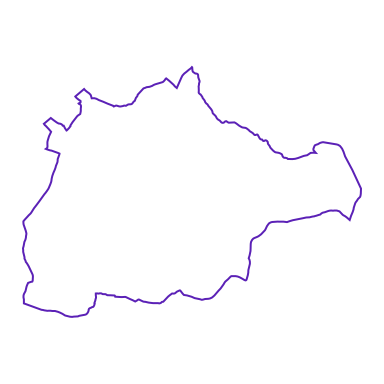 the district of Iza, Boyacá, Colombia
{"feature_id": "7082276B4524421647435", "entity_name": "Iza", "entity_type": "district", "adm_level": 2, "iso_a3": "COL", "parent_name": "Colombia", "parent_adm1": "Boyacá", "projection": "mercator", "projection_center": [-72.966, 5.619], "detail": "fine", "context": "isolated", "style": "outline", "palette": "violet", "viewbox_px": 384, "rotation_deg": 0, "n_neighbors": 0, "source": "geoboundaries", "source_scale": "gbopen_adm2", "svg_char_len": 5877}
<svg xmlns="http://www.w3.org/2000/svg" viewBox="0 0 384 384"><path d="M361.0,188.6L352.3,169.9L345.1,156.4L343.5,151.7L342.1,148.7L340.6,146.7L339.9,145.9L338.0,144.8L336.5,144.4L323.2,142.2L322.2,142.3L320.1,142.9L317.7,144.3L316.5,144.6L314.8,145.4L314.1,146.9L313.4,148.9L313.4,149.8L313.6,150.3L315.8,152.9L314.7,152.8L313.4,152.7L310.6,152.9L307.2,155.2L303.8,155.9L298.1,158.0L295.2,158.8L292.2,159.1L289.4,159.0L287.9,159.0L287.0,158.2L285.5,157.8L284.4,157.8L283.8,157.6L283.1,157.0L282.4,155.9L282.3,155.3L281.9,154.4L281.2,153.9L279.8,153.2L278.5,152.8L275.5,152.3L274.7,151.9L273.0,150.5L270.4,147.7L269.9,146.7L269.7,146.1L268.1,144.0L267.9,143.5L267.8,142.1L267.2,141.2L266.5,140.6L265.7,140.3L265.1,140.4L264.2,140.9L263.8,141.0L263.3,140.9L262.8,140.6L262.2,139.6L261.0,139.4L260.4,139.1L259.7,138.4L257.7,134.8L257.2,134.5L256.6,134.6L255.6,135.0L254.8,135.0L254.1,134.6L253.1,133.4L252.2,132.7L249.8,131.2L248.7,130.0L246.6,128.4L245.6,127.9L242.7,127.5L241.8,127.2L239.2,125.7L236.6,123.7L235.4,122.9L234.4,122.4L228.8,122.7L228.1,122.4L226.3,121.2L225.6,121.3L224.9,121.6L224.0,122.5L223.2,122.8L222.3,122.8L221.6,122.5L220.9,121.9L220.4,121.2L219.5,120.4L218.0,119.5L217.4,118.9L216.9,118.4L215.8,116.3L215.3,115.7L212.8,113.3L212.6,112.7L212.3,111.2L211.3,109.4L210.3,108.2L208.2,105.7L208.0,105.2L207.3,104.2L206.4,103.6L205.3,102.3L204.6,100.5L202.6,97.9L202.3,96.9L201.2,95.3L200.6,94.5L200.0,94.2L198.9,93.1L198.7,92.5L198.8,90.5L198.7,87.2L198.6,86.7L199.0,84.5L199.0,83.8L199.1,83.1L199.4,82.5L199.6,81.1L198.3,77.5L198.1,75.1L197.9,74.4L197.3,73.9L196.6,73.6L195.3,73.5L193.1,72.0L192.5,70.9L192.2,67.4L191.9,67.1L191.4,67.7L190.6,68.5L188.7,69.9L186.5,71.8L184.2,73.6L182.4,75.6L181.2,78.0L176.8,88.0L174.9,86.4L173.5,84.7L169.2,80.8L166.2,78.4L165.7,78.7L164.7,80.2L163.6,81.4L162.7,82.1L155.3,84.3L153.8,84.9L152.1,85.9L149.6,86.8L146.6,87.2L145.0,87.9L143.5,88.4L137.7,94.7L137.5,95.7L137.1,96.4L135.9,97.9L134.8,100.8L133.7,101.6L132.3,103.5L131.5,104.1L130.4,104.3L129.3,104.3L128.1,104.5L125.9,105.8L124.7,105.6L123.7,105.7L123.1,106.0L120.5,106.5L119.2,106.4L116.6,105.6L115.6,105.7L113.8,106.5L113.3,106.1L113.2,105.8L107.7,103.7L103.1,101.7L98.9,100.1L96.5,98.8L94.3,98.2L91.7,98.3L90.8,95.2L90.2,94.4L89.0,93.2L87.0,91.8L85.2,90.3L84.1,89.0L75.3,96.5L75.7,97.1L76.8,98.2L78.8,99.8L80.5,100.9L80.6,101.4L80.5,102.4L78.6,103.5L78.8,103.8L79.7,104.1L80.3,104.5L80.9,105.5L81.0,106.9L80.8,108.4L80.8,111.0L80.5,112.7L80.2,114.0L79.5,114.5L78.1,115.4L77.1,116.3L72.6,122.1L70.4,125.5L70.5,126.1L69.0,128.1L66.9,130.3L66.5,130.5L65.9,129.6L64.9,128.1L63.7,125.7L62.7,125.7L62.3,125.0L61.6,124.3L60.2,123.7L58.6,123.5L56.8,122.5L53.6,120.2L50.8,118.0L43.9,123.8L44.9,125.2L45.5,125.6L48.9,129.2L51.1,131.8L49.0,136.3L47.7,140.6L47.4,142.1L47.4,144.2L47.5,146.3L47.3,147.6L46.6,148.4L45.9,148.9L47.1,149.4L49.8,150.3L51.5,150.6L57.9,152.9L59.5,153.6L59.4,154.4L57.7,159.1L57.6,161.1L57.4,162.3L55.9,166.0L55.6,167.4L54.7,169.9L53.5,172.6L52.3,176.0L51.7,178.6L51.4,180.8L51.2,181.8L50.5,183.8L48.9,187.7L48.3,188.9L46.9,191.0L45.5,192.9L44.4,194.2L39.3,201.3L36.3,205.3L34.1,208.1L31.2,212.7L30.5,213.6L28.5,215.5L28.0,216.1L24.7,219.7L23.4,221.3L23.4,222.8L23.6,224.5L25.8,230.9L26.0,231.8L26.4,233.3L26.3,234.6L26.0,236.2L25.9,237.7L25.4,239.7L24.4,241.9L23.6,246.2L23.0,248.3L23.2,250.1L23.2,251.9L24.4,256.8L24.5,257.4L24.5,258.7L25.2,260.0L25.6,261.0L25.8,261.9L26.7,263.0L27.6,264.4L28.7,266.3L32.0,273.3L32.6,274.6L32.9,275.9L32.9,276.9L32.7,280.6L32.3,281.6L30.9,281.9L28.1,282.9L26.9,285.6L26.5,286.8L25.5,291.1L24.1,293.7L23.7,294.8L23.5,295.8L23.5,297.5L23.9,299.4L23.9,303.4L41.5,309.8L43.1,310.0L44.1,310.3L47.2,310.8L50.0,310.7L52.5,311.0L55.0,311.0L57.9,311.8L59.7,312.5L62.4,313.8L65.1,315.5L69.9,316.7L72.1,316.9L74.0,316.6L77.9,316.4L79.3,315.8L85.2,314.7L86.2,314.3L86.6,314.0L87.5,313.0L88.2,311.8L88.6,310.5L88.7,309.5L89.1,308.7L90.0,308.1L90.9,307.8L91.7,307.3L93.3,306.8L94.1,305.6L94.7,303.7L94.7,303.4L94.4,303.1L95.3,300.5L95.6,299.0L96.0,297.8L96.0,296.8L95.8,295.3L95.8,293.5L97.0,293.4L98.7,293.6L99.9,293.3L101.3,293.4L102.7,294.1L105.6,294.2L107.3,295.2L111.1,295.3L114.6,295.5L114.9,295.8L115.2,296.7L121.5,297.1L125.1,296.9L125.7,297.0L129.9,299.0L132.7,300.2L135.2,301.5L137.3,300.3L137.9,299.8L138.6,299.5L138.9,299.5L143.3,301.6L144.8,301.8L145.2,301.8L148.7,302.6L152.8,303.1L158.0,303.1L159.2,303.4L160.1,303.2L160.7,303.0L161.2,302.6L161.7,302.1L162.0,301.9L163.3,301.7L168.2,296.5L169.8,295.2L172.1,293.5L173.9,293.6L174.7,293.4L175.1,293.2L177.0,291.6L179.7,290.4L180.0,290.4L180.4,290.7L182.4,293.3L183.8,294.9L184.8,295.1L186.9,295.4L190.4,296.4L191.7,296.8L194.6,298.1L200.3,299.3L201.4,299.7L201.9,299.8L203.0,299.6L205.1,299.0L208.4,298.8L209.9,298.5L211.5,297.8L212.2,297.4L214.4,295.5L218.6,290.6L220.6,288.5L223.6,284.3L224.5,282.7L225.3,281.6L228.1,279.2L230.1,277.1L231.2,276.2L231.7,276.1L235.4,276.1L237.6,276.5L239.7,277.3L242.6,278.9L244.4,280.0L245.4,280.4L245.9,280.3L246.3,280.0L246.5,279.7L247.8,275.3L248.3,272.4L248.3,271.1L248.4,270.0L249.9,263.8L249.9,261.8L249.5,259.8L248.7,258.3L249.6,255.4L250.5,251.0L250.6,248.5L250.7,244.7L250.8,243.3L251.1,241.8L252.1,239.9L253.2,238.7L254.2,238.1L257.6,236.7L258.8,236.0L261.1,234.3L264.9,230.3L265.4,229.5L267.0,226.1L268.2,224.4L269.1,223.3L270.7,222.4L272.1,222.0L277.8,221.6L279.5,221.7L283.6,221.7L287.0,222.1L289.8,221.1L292.9,220.2L302.5,218.3L306.2,217.5L309.6,217.3L312.3,216.6L314.4,216.3L315.1,216.0L316.1,215.8L318.5,215.0L320.3,214.5L321.4,213.4L322.7,212.7L324.9,212.2L327.9,211.1L329.4,210.7L331.2,210.5L333.0,210.7L334.5,210.5L336.1,210.5L337.0,210.6L339.5,211.4L342.6,214.7L343.4,215.3L344.6,215.9L346.5,217.2L349.7,220.0L351.1,215.7L352.6,212.2L353.5,209.5L353.8,207.6L355.2,203.3L355.7,202.3L356.8,200.9L358.0,199.0L360.1,196.9L360.5,195.7L360.8,193.8L361.0,188.6Z" fill="none" stroke="#5b21b6" stroke-width="2"/></svg>